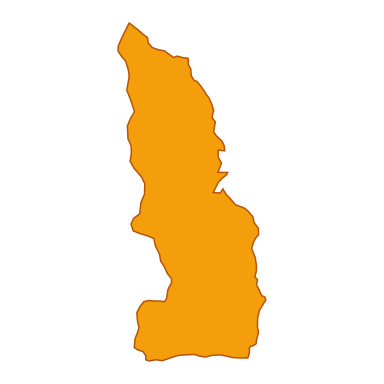 Moni, Limassol, Cyprus
{"feature_id": "46923920B25771108548129", "entity_name": "Moni", "entity_type": "district", "adm_level": 2, "iso_a3": "CYP", "parent_name": "Cyprus", "parent_adm1": "Limassol", "projection": "equal_earth", "projection_center": [33.204, 34.73], "detail": "fine", "context": "isolated", "style": "filled", "palette": "amber", "viewbox_px": 384, "rotation_deg": 0, "n_neighbors": 0, "source": "geoboundaries", "source_scale": "gbopen_adm2", "svg_char_len": 2164}
<svg xmlns="http://www.w3.org/2000/svg" viewBox="0 0 384 384"><path d="M145.9,359.9L149.5,361.0L155.5,359.8L158.7,360.1L162.0,360.7L165.4,359.7L169.1,358.3L172.8,357.1L176.3,356.0L180.0,355.2L184.6,354.9L189.8,354.7L194.4,354.5L199.4,356.0L205.4,357.1L209.5,356.0L213.2,355.2L218.7,355.0L221.9,355.0L223.7,355.6L227.3,356.2L231.8,357.4L236.4,357.8L241.4,358.0L245.5,358.0L247.8,358.0L249.3,353.5L249.3,352.0L249.5,349.3L249.5,347.5L251.2,346.0L252.8,345.9L256.1,343.8L256.5,340.1L258.0,334.4L258.5,331.1L257.4,327.4L257.5,322.6L257.7,318.0L258.5,314.2L259.4,310.4L261.2,307.5L264.3,302.3L265.9,299.9L264.7,296.8L262.0,295.9L260.6,293.3L259.0,289.5L256.4,284.8L257.6,279.9L254.9,276.8L256.0,272.5L256.4,270.0L256.4,265.0L255.7,261.2L255.4,258.0L251.6,248.5L253.6,242.1L255.5,238.2L258.6,234.7L258.3,228.3L254.1,222.6L252.9,216.8L248.3,211.3L244.6,208.2L240.7,206.7L235.5,204.8L231.6,200.2L226.2,194.4L222.9,188.9L220.1,193.1L213.2,192.5L218.3,182.4L222.0,178.4L226.6,174.8L227.7,172.4L217.9,172.4L221.5,163.2L218.2,157.0L218.2,150.2L224.7,150.8L224.3,146.6L223.7,144.6L222.1,141.3L216.4,135.9L213.7,131.9L214.7,125.4L215.3,121.8L212.1,117.7L212.8,113.5L213.7,110.8L211.8,104.3L208.7,97.5L206.1,94.3L205.2,92.4L201.1,86.5L197.1,81.6L193.9,80.2L191.2,75.6L190.8,69.1L188.4,64.7L188.2,58.4L182.3,57.5L177.2,56.1L173.6,57.5L164.3,50.8L158.5,49.8L152.2,47.5L148.4,43.1L147.5,37.5L143.9,35.0L137.8,29.7L129.2,23.0L128.3,24.6L125.4,30.5L122.3,36.6L118.1,46.5L118.1,51.3L121.5,56.3L125.7,61.2L128.4,70.1L129.2,76.5L126.8,90.2L130.4,99.2L133.7,109.0L134.4,111.8L130.4,118.7L127.4,125.9L128.0,138.9L130.1,143.3L131.2,146.6L131.4,152.8L130.1,161.4L134.2,168.4L141.6,177.0L144.8,183.9L144.5,194.1L140.9,202.7L139.7,213.8L133.7,218.3L131.0,224.1L133.3,231.0L140.7,233.8L147.1,235.7L153.8,238.5L155.5,246.2L159.6,254.5L160.7,261.2L164.2,266.4L167.4,273.6L171.5,278.7L171.5,283.1L169.5,286.3L167.9,289.8L166.6,298.4L164.3,301.8L160.3,301.0L153.9,301.0L149.1,300.5L144.0,301.5L140.1,306.4L136.9,312.5L137.2,318.4L137.9,323.3L139.0,327.3L137.7,332.1L135.0,338.9L134.2,347.5L137.9,349.9L143.0,351.6L145.7,355.6L145.9,359.9Z" fill="#f59e0b" stroke="#b45309" stroke-width="1.5"/></svg>